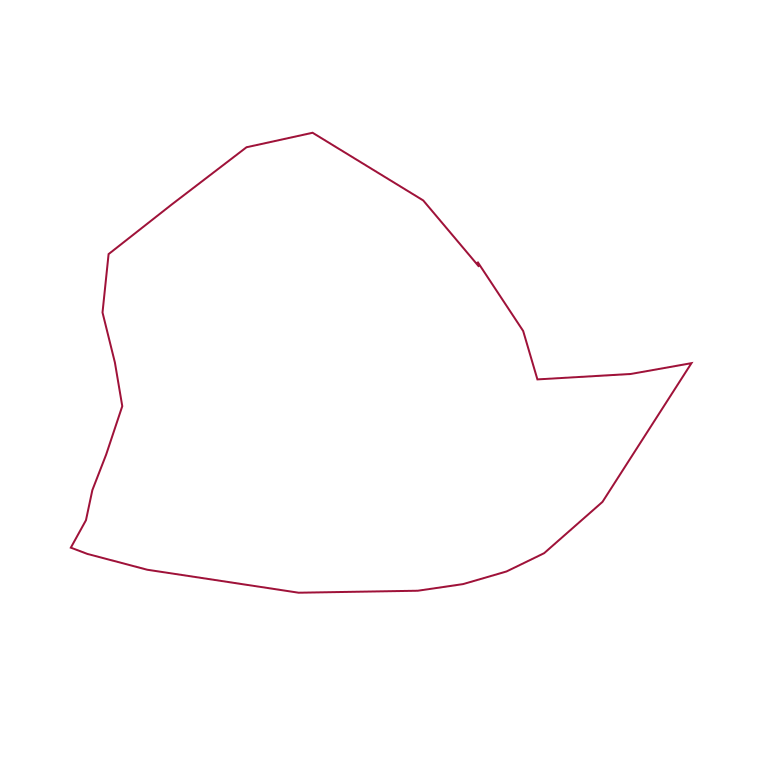 outline of Paramaribo, rotated 282°
{"feature_id": "SUR-72", "entity_name": "Paramaribo", "entity_type": "District", "adm_level": 1, "iso_a3": "SUR", "parent_name": "Suriname", "parent_adm1": "", "projection": "natural_earth1", "projection_center": [-55.178, 5.837], "detail": "fine", "context": "isolated", "style": "outline", "palette": "rose", "viewbox_px": 768, "rotation_deg": 282, "n_neighbors": 0, "source": "natural_earth", "source_scale": "10m", "svg_char_len": 488}
<svg xmlns="http://www.w3.org/2000/svg" viewBox="0 0 768 768"><g transform="rotate(282 384 384)"><path d="M158.8,111.7L188.8,120.8L219.6,120.8L257.2,126.9L307.9,132.6L349.1,116.3L395.4,93.8L453.8,87.6L515.4,139.0L587.0,200.3L614.9,261.9L571.7,384.2L518.5,452.6L523.0,450.0L464.8,509.1L420.4,533.1L445.1,623.2L468.3,680.4L314.1,622.2L251.8,575.8L226.1,542.8L204.7,502.9L188.8,460.0L162.1,343.9L153.1,191.0L156.1,129.3L158.8,111.7Z" fill="none" stroke="#9f1239" stroke-width="2"/></g></svg>